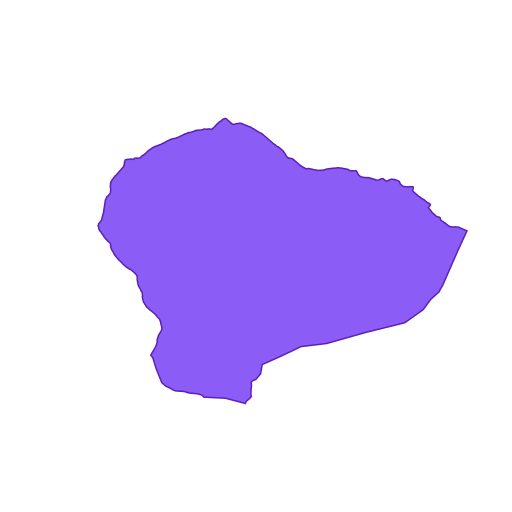 Curridabat, San José, Costa Rica, rotated 41°
{"feature_id": "36466004B71445254022700", "entity_name": "Curridabat", "entity_type": "district", "adm_level": 2, "iso_a3": "CRI", "parent_name": "Costa Rica", "parent_adm1": "San José", "projection": "mercator", "projection_center": [-84.034, 9.916], "detail": "fine", "context": "isolated", "style": "filled", "palette": "violet", "viewbox_px": 512, "rotation_deg": 41, "n_neighbors": 0, "source": "geoboundaries", "source_scale": "gbopen_adm2", "svg_char_len": 6124}
<svg xmlns="http://www.w3.org/2000/svg" viewBox="0 0 512 512"><g transform="rotate(41 256 256)"><path d="M398.7,98.6L390.9,101.1L390.3,101.1L389.8,101.4L388.5,102.5L387.5,103.0L386.7,104.0L385.3,105.0L385.0,105.5L382.6,106.7L382.0,106.7L380.8,107.0L376.5,107.0L376.2,107.4L374.3,107.4L373.2,107.7L371.9,107.6L370.9,107.2L370.1,106.4L368.9,106.4L367.4,107.3L366.8,107.4L366.3,107.7L360.1,107.6L357.1,106.8L355.2,106.7L354.3,106.3L354.3,103.8L353.9,102.7L352.1,102.7L351.5,103.0L350.9,103.0L349.7,103.3L345.4,103.3L343.7,103.9L340.6,103.9L340.3,104.2L331.6,104.2L330.1,101.5L329.3,100.8L328.7,100.9L327.8,101.8L327.3,102.1L324.9,104.6L321.4,106.9L320.9,107.0L317.8,107.0L315.5,105.8L314.3,105.8L313.8,106.1L313.2,106.2L312.2,106.7L311.1,107.0L310.8,107.4L310.2,107.4L309.9,107.9L308.4,108.6L307.7,109.3L306.5,111.4L306.5,112.0L306.2,112.3L306.1,112.9L305.2,113.9L304.7,114.2L301.6,114.2L301.1,114.3L300.2,115.2L299.5,116.2L299.0,117.9L298.1,118.8L296.5,120.1L295.8,120.1L295.5,120.4L294.9,120.4L293.4,121.3L292.8,121.3L291.5,122.3L290.9,122.3L289.8,122.8L289.0,123.5L288.5,123.8L286.8,125.4L286.2,125.6L284.4,126.9L282.7,127.5L280.2,127.5L279.1,127.2L278.0,126.6L277.4,126.6L276.4,126.0L275.8,126.0L275.2,126.2L273.6,128.0L272.6,128.5L272.3,129.1L272.0,129.3L271.0,129.9L269.8,130.1L269.2,130.3L268.6,130.3L268.1,130.7L267.5,130.8L267.1,131.2L265.6,131.9L265.3,132.3L263.2,133.3L261.4,134.7L260.5,135.1L260.1,135.6L259.6,135.9L258.7,137.1L256.8,138.9L256.6,139.5L256.1,139.7L255.5,140.3L255.2,140.9L254.7,141.2L251.9,144.5L251.2,146.1L250.7,146.5L250.2,147.4L249.9,147.7L249.4,148.0L248.7,148.7L248.4,149.2L245.5,151.5L244.9,151.6L244.1,152.3L240.4,154.2L240.0,154.6L238.1,155.6L236.6,157.3L235.1,157.7L234.5,157.7L234.0,158.0L233.4,158.0L232.2,158.3L231.0,158.3L230.7,158.6L219.8,158.6L217.2,160.2L216.7,160.2L216.4,160.8L213.3,160.8L212.4,160.2L211.3,160.0L210.2,159.5L209.5,159.5L207.9,158.9L201.7,158.9L199.9,159.5L196.8,159.5L196.5,159.8L179.7,159.8L179.2,160.2L178.1,160.3L176.3,160.8L175.1,160.9L172.7,161.4L172.1,161.4L170.4,161.7L169.9,162.0L168.2,162.0L158.6,165.4L158.0,165.4L157.5,165.9L156.6,166.4L156.0,167.3L155.2,168.0L154.9,168.5L154.1,169.4L153.6,170.4L153.1,170.7L153.0,171.2L152.2,171.8L151.7,172.0L143.0,172.0L142.1,172.9L141.7,173.9L141.3,174.4L140.9,177.4L140.6,177.9L140.6,178.5L140.3,179.0L140.3,180.9L140.0,182.0L139.9,187.0L139.7,187.6L139.7,188.8L139.3,189.1L139.3,189.7L138.3,190.3L137.2,190.8L136.9,191.4L136.4,191.6L136.2,192.2L134.3,193.6L133.7,194.3L133.2,194.6L133.1,195.2L131.9,197.0L129.4,199.3L128.7,200.3L128.2,200.5L128.2,201.1L127.8,201.5L127.3,202.6L127.2,203.2L126.8,203.4L125.8,205.3L124.5,206.7L124.3,207.2L123.8,207.4L123.4,208.9L122.2,210.6L121.0,213.9L120.4,214.8L119.9,216.5L119.2,217.4L119.1,218.0L118.7,218.5L118.3,219.6L117.9,220.0L117.7,220.5L117.0,221.1L115.7,222.9L115.2,224.0L114.8,224.4L114.8,225.1L114.5,225.6L114.2,225.9L112.9,229.2L112.9,229.8L112.3,230.7L112.3,231.3L111.4,232.7L111.4,233.3L111.1,233.8L111.0,234.4L109.9,235.8L109.8,236.4L109.3,237.4L108.6,238.2L108.5,238.8L108.1,239.2L107.2,241.2L106.7,242.9L106.7,243.5L106.4,244.0L106.4,244.6L105.8,246.3L105.5,248.1L105.4,251.2L105.0,252.3L104.9,253.5L104.6,253.8L104.5,255.0L104.2,255.5L104.2,258.0L103.3,259.2L102.8,259.5L102.3,259.9L102.1,260.4L101.5,260.5L100.2,261.9L100.2,263.1L99.6,263.9L98.9,264.5L98.3,264.5L98.0,264.8L96.7,266.2L96.4,266.7L95.5,267.5L94.9,268.3L94.3,269.0L94.4,269.6L95.2,271.1L95.3,271.7L95.5,272.2L96.0,272.5L96.5,272.9L96.5,273.5L97.1,274.6L97.1,275.2L97.4,275.7L97.4,287.5L97.1,288.0L97.1,288.6L97.4,290.4L97.4,292.9L97.7,293.4L97.7,294.6L97.9,295.2L98.3,295.4L98.3,296.1L98.6,296.4L99.0,297.3L99.9,298.2L100.5,299.2L101.0,299.5L101.2,299.9L101.7,300.2L103.4,301.9L103.6,302.5L104.8,304.0L104.9,308.3L104.6,308.6L104.6,309.8L105.1,310.5L105.2,311.0L105.4,311.4L105.5,312.4L113.1,324.4L113.3,325.5L113.6,325.8L114.7,328.1L115.7,329.5L115.7,329.9L115.9,330.1L115.9,332.1L116.1,332.4L116.1,335.2L116.9,336.2L116.9,336.6L117.3,336.8L117.5,337.1L118.7,337.8L119.5,338.6L120.9,339.1L121.3,339.4L123.1,339.6L124.8,340.2L126.0,340.3L127.5,340.7L127.7,341.0L131.8,341.8L133.8,341.8L134.0,342.0L137.6,342.0L138.2,342.5L138.6,342.6L139.2,343.3L140.8,344.7L142.5,345.7L144.3,346.4L145.4,346.6L147.1,347.4L148.2,347.6L148.8,348.0L150.3,348.2L150.7,348.4L151.9,348.4L153.7,348.8L154.5,348.8L154.9,349.0L157.7,349.0L158.4,349.1L160.0,349.2L160.7,349.4L165.9,349.4L168.6,349.0L168.8,348.8L169.2,348.8L169.4,348.6L170.9,348.4L176.1,348.4L176.8,348.6L178.0,348.6L179.9,349.4L180.2,350.0L180.7,350.3L181.8,351.8L183.9,353.5L184.6,353.9L185.3,354.7L187.1,355.7L189.2,356.5L190.7,356.9L192.0,357.7L193.8,358.1L195.9,359.9L197.3,361.7L200.8,364.2L201.8,364.7L202.2,364.7L203.3,365.2L204.8,365.5L205.6,365.9L206.3,365.9L207.4,366.3L212.5,366.3L213.3,366.1L218.8,366.1L219.9,366.5L222.3,366.7L223.1,366.9L224.6,366.9L225.5,367.4L225.9,367.5L226.0,367.8L226.4,367.8L227.0,368.2L228.5,369.4L228.7,369.7L230.4,370.6L232.8,372.6L233.6,374.8L233.8,376.3L234.2,377.9L234.2,378.6L234.7,380.5L235.0,380.8L235.3,381.9L235.8,382.7L235.8,383.1L236.6,384.5L237.7,385.5L239.2,388.4L239.2,389.1L239.6,389.7L239.8,390.3L241.6,399.9L244.7,400.4L254.7,406.6L268.0,413.4L273.4,413.4L275.1,412.8L276.6,412.5L276.9,412.2L278.1,412.2L279.2,411.8L280.7,411.6L281.0,411.4L281.4,411.4L283.6,410.7L283.9,410.4L284.5,410.1L284.9,409.6L286.9,408.4L287.0,408.1L287.7,407.8L287.9,407.4L289.1,406.5L289.3,406.2L289.7,406.2L290.6,405.5L292.7,404.4L293.1,404.4L293.4,404.2L294.1,404.0L294.7,403.4L295.1,403.4L296.4,402.6L299.9,400.1L300.1,399.7L302.1,398.7L302.7,398.1L304.4,397.4L306.2,396.5L309.3,396.7L326.2,383.4L345.3,374.0L344.9,374.0L344.5,373.6L344.1,372.7L344.1,370.7L344.3,370.4L344.5,368.5L344.7,368.2L344.7,365.0L343.3,364.1L342.2,363.0L340.4,360.6L339.8,360.1L339.5,359.4L338.3,357.8L338.0,357.1L337.4,356.4L336.4,355.8L336.0,355.1L335.2,354.5L335.2,352.9L335.4,352.2L336.5,349.8L336.8,349.6L336.8,342.0L331.9,333.8L340.9,314.5L349.3,295.0L366.7,275.7L389.1,241.5L412.1,208.7L417.4,186.7L416.3,174.1L417.7,162.7L416.9,160.1L416.2,155.9L405.1,120.4L398.7,98.6Z" fill="#8b5cf6" stroke="#5b21b6" stroke-width="1.5"/></g></svg>